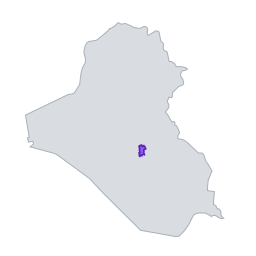 Al-Hilla, Babil, Iraq (highlighted), rotated 5°
{"feature_id": "34846034B12502380306420", "entity_name": "Al-Hilla", "entity_type": "district", "adm_level": 2, "iso_a3": "IRQ", "parent_name": "Iraq", "parent_adm1": "Babil", "projection": "robinson", "projection_center": [44.41, 32.357], "detail": "fine", "context": "in_parent", "style": "filled", "palette": "violet", "viewbox_px": 256, "rotation_deg": 5, "n_neighbors": 0, "source": "geoboundaries", "source_scale": "gbopen_adm2", "svg_char_len": 4555}
<svg xmlns="http://www.w3.org/2000/svg" viewBox="0 0 256 256"><g transform="rotate(5 128 128)"><path d="M100.8,30.5L102.8,30.0L106.5,27.0L108.7,24.2L109.4,24.0L111.4,24.9L112.8,25.1L116.0,24.1L117.9,24.6L119.5,25.3L120.4,25.4L124.7,27.1L125.8,27.4L128.0,27.6L131.4,27.7L133.5,26.5L135.0,25.4L136.1,25.4L137.1,25.7L138.0,26.2L138.7,27.0L139.0,28.2L138.9,32.0L139.2,33.0L139.8,33.7L140.6,33.8L141.5,33.0L143.0,31.8L145.0,30.5L146.4,29.3L147.3,28.8L148.6,28.9L149.8,29.1L150.6,29.7L150.6,29.9L151.2,31.7L153.0,38.3L153.9,39.1L155.0,39.8L155.8,40.8L156.1,41.8L156.0,43.3L156.1,45.1L156.5,46.5L157.2,47.5L157.8,48.0L158.7,48.1L159.7,48.3L160.5,49.3L162.8,56.9L163.0,57.9L163.9,58.2L165.5,58.0L167.1,58.8L168.9,60.0L170.5,62.3L171.6,62.7L175.1,62.3L179.8,62.7L182.0,63.9L181.8,64.6L180.1,65.4L177.1,66.4L176.2,68.0L175.7,70.1L175.8,71.3L176.6,72.6L178.7,75.2L178.8,76.1L179.2,77.4L179.6,78.3L179.2,80.0L177.3,81.2L174.7,82.5L169.7,88.3L169.3,89.5L169.4,92.9L168.9,93.9L167.3,93.9L166.0,93.7L166.0,94.9L165.2,96.5L164.7,97.9L166.6,101.2L166.9,102.9L166.6,104.5L164.9,107.2L163.9,109.0L164.1,109.4L165.5,110.2L169.7,116.1L171.1,118.3L172.9,117.7L173.5,117.7L174.0,118.1L174.4,118.8L174.4,119.7L173.9,121.0L176.2,121.6L177.0,122.9L179.7,127.6L179.6,129.0L178.3,131.2L178.3,132.7L178.6,134.0L179.0,134.4L182.9,134.6L184.6,135.1L188.7,137.5L193.3,141.2L197.1,144.2L200.3,146.7L203.8,146.5L204.7,147.0L205.6,147.8L206.6,149.9L208.6,154.7L210.3,156.2L213.0,160.0L215.4,163.6L213.9,168.4L212.4,173.5L212.4,180.0L212.5,183.4L215.8,183.6L219.5,183.8L219.6,187.9L219.6,192.1L219.7,196.9L220.8,197.1L222.6,198.1L223.3,199.7L224.2,200.5L225.4,200.7L226.5,201.4L227.6,202.8L228.0,203.9L227.7,204.6L228.0,205.8L228.8,207.6L229.7,208.5L231.2,209.5L229.2,210.1L227.1,209.7L222.5,207.5L221.1,207.5L219.2,208.3L219.1,209.0L214.3,206.7L212.6,206.2L211.9,206.1L209.2,206.2L205.3,206.6L203.0,207.5L201.4,208.5L200.7,209.5L200.5,210.1L199.2,213.0L197.8,216.8L196.3,220.2L193.5,224.9L191.9,227.1L188.4,231.2L184.7,232.0L176.0,231.2L166.4,230.3L156.9,229.5L149.7,228.8L149.2,228.6L142.2,222.7L136.6,218.1L129.7,212.4L122.6,206.5L115.5,200.5L110.3,196.2L104.0,190.6L98.3,185.5L93.8,181.5L88.0,178.0L83.4,175.2L76.9,171.2L71.6,168.1L67.1,165.3L60.2,161.1L57.9,160.0L50.7,158.6L43.9,157.4L36.8,156.1L32.1,155.3L35.3,152.3L34.4,149.6L32.1,150.1L30.0,150.8L28.8,146.6L30.4,146.1L29.1,140.6L27.6,135.0L26.2,129.6L24.8,124.0L30.8,120.5L35.3,117.8L41.6,114.1L47.6,110.5L53.4,107.1L59.7,103.3L65.3,100.0L70.5,98.6L71.6,97.5L74.0,92.9L76.0,89.0L76.1,88.1L76.2,82.5L76.6,76.0L77.3,72.5L78.5,69.5L79.6,67.2L79.7,65.1L79.6,63.0L78.6,59.8L77.5,56.4L77.6,53.2L77.9,51.4L78.6,48.7L79.8,46.6L81.1,45.4L86.0,44.1L88.9,43.3L92.8,39.7L95.0,37.6L98.3,34.2L100.6,31.7L100.8,30.9L100.8,30.5Z" fill="#d9dde1" stroke="#a8b0b8" stroke-width="1"/><path d="M146.7,145.6L146.5,145.0L145.8,145.0L145.8,144.9L145.7,144.8L145.5,144.5L145.3,144.1L145.1,144.2L145.0,144.3L144.8,144.8L144.6,145.2L144.4,145.2L144.2,145.0L143.7,144.9L143.5,144.7L143.3,144.3L143.3,143.9L143.1,143.8L143.0,143.7L142.8,143.7L142.6,143.8L142.5,144.2L142.4,144.4L142.1,144.2L141.9,144.5L141.6,144.4L141.4,144.6L140.9,144.6L140.6,144.7L140.3,144.8L140.1,144.8L140.4,144.8L140.6,144.9L140.7,145.0L140.7,145.4L140.7,145.5L140.6,145.8L140.6,146.0L140.7,146.3L140.8,146.4L141.0,146.6L141.2,146.8L141.3,146.9L141.4,147.0L141.5,147.2L141.5,147.3L141.5,147.6L141.4,147.6L141.3,147.8L141.2,148.0L141.2,148.4L141.2,148.6L141.2,148.8L141.2,149.0L141.3,149.2L141.3,149.3L141.4,149.5L141.5,149.7L141.5,149.9L141.7,150.2L141.8,150.5L141.9,150.8L142.0,150.9L142.1,151.1L142.2,151.3L142.1,151.5L141.9,151.7L141.7,151.8L141.4,151.9L141.3,152.0L141.2,152.0L141.3,152.2L141.3,152.3L141.5,152.6L141.6,152.8L141.6,153.0L141.5,153.3L141.5,153.6L141.6,154.0L141.7,154.5L141.8,154.6L141.8,154.9L141.9,155.0L142.0,155.2L142.1,155.3L142.3,155.3L142.4,155.1L142.5,155.0L142.7,154.7L142.8,154.6L142.9,154.4L143.0,154.4L143.1,154.2L143.2,153.9L143.3,153.8L143.6,154.0L143.9,154.2L144.0,154.2L144.2,154.3L144.3,154.4L144.4,154.1L144.4,153.9L144.4,153.7L144.5,153.4L144.7,153.2L144.9,153.2L145.0,153.1L145.3,153.1L145.5,153.1L145.8,153.0L145.9,152.9L146.1,152.9L146.2,153.1L146.4,153.2L146.6,153.3L146.8,153.3L146.8,153.0L146.7,152.9L146.5,152.5L146.2,151.9L145.9,151.3L145.7,150.8L145.9,150.6L145.9,150.4L146.0,150.2L145.9,149.9L145.9,149.6L145.6,149.2L145.6,148.8L145.6,148.6L145.7,148.4L146.0,148.1L146.6,147.8L146.9,147.6L147.5,147.4L147.5,147.1L147.4,147.1L147.4,146.9L147.2,146.6L146.8,146.1L146.7,145.6Z" fill="#8b5cf6" stroke="#5b21b6" stroke-width="1.5"/></g></svg>